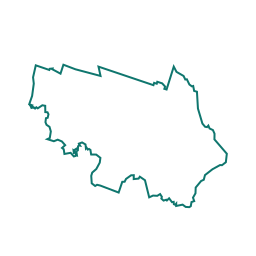 outline of Colac Otway, Victoria, Australia, rotated 280°
{"feature_id": "25037944B58594911461534", "entity_name": "Colac Otway", "entity_type": "district", "adm_level": 2, "iso_a3": "AUS", "parent_name": "Australia", "parent_adm1": "Victoria", "projection": "natural_earth1", "projection_center": [143.55, -38.439], "detail": "medium", "context": "isolated", "style": "outline", "palette": "teal", "viewbox_px": 256, "rotation_deg": 280, "n_neighbors": 0, "source": "geoboundaries", "source_scale": "gbopen_adm2", "svg_char_len": 1828}
<svg xmlns="http://www.w3.org/2000/svg" viewBox="0 0 256 256"><g transform="rotate(280 128 128)"><path d="M134.3,26.6L133.8,29.2L133.1,28.3L132.4,30.3L131.9,28.8L131.0,29.4L131.7,31.1L131.0,33.1L132.5,34.1L131.7,35.7L135.5,39.7L135.5,42.6L129.3,43.8L129.5,46.0L127.7,47.3L124.1,47.1L123.4,45.5L119.4,45.7L117.0,47.2L115.5,50.5L111.2,52.6L104.6,52.7L103.0,50.5L102.1,57.3L104.3,60.8L103.3,65.2L100.2,69.1L96.9,66.5L95.9,68.4L91.4,69.9L93.6,75.8L90.6,79.6L91.4,81.3L92.9,81.2L92.4,82.4L94.9,81.6L94.0,79.0L96.7,78.2L96.1,79.7L97.3,79.3L99.0,81.1L98.8,82.1L96.7,81.9L97.3,82.5L101.2,82.0L102.3,82.5L102.3,83.9L104.1,82.4L105.8,85.3L104.4,89.0L100.6,90.1L101.5,90.6L99.8,92.1L100.6,93.2L99.9,94.8L95.5,96.3L96.3,101.3L93.8,106.0L89.0,106.2L82.1,103.9L77.9,100.5L74.5,100.1L67.2,101.9L65.2,105.7L66.7,107.4L66.5,110.7L62.8,130.0L74.0,131.7L74.5,134.0L77.5,134.9L82.0,139.3L82.5,141.9L78.7,142.5L80.0,147.2L82.1,148.1L79.5,153.8L63.4,160.9L65.8,164.4L66.3,168.6L68.5,171.1L66.1,173.3L64.3,173.1L62.7,175.6L64.0,178.1L63.4,178.9L65.9,180.7L62.6,184.2L63.2,185.8L60.9,186.4L60.6,187.8L61.9,188.6L59.6,189.0L62.0,195.1L60.3,198.5L60.7,202.1L61.9,203.4L66.1,203.4L67.5,205.9L70.7,204.1L75.4,205.8L81.1,205.0L88.5,209.2L90.2,211.6L95.0,212.0L102.1,218.4L107.5,225.1L107.7,227.0L111.3,230.3L119.8,229.8L131.8,215.1L137.4,214.2L140.7,212.0L141.7,208.4L144.3,206.7L142.6,205.7L142.6,203.7L145.3,200.5L159.3,193.5L175.7,189.6L176.0,186.7L180.7,184.9L180.1,183.7L181.5,180.9L186.2,177.5L185.7,176.0L188.9,173.7L191.7,166.0L196.4,162.4L172.6,159.3L172.9,157.0L175.2,157.4L177.9,153.9L178.6,148.8L176.6,148.6L177.0,145.9L174.6,145.6L183.3,88.3L174.5,91.9L176.7,66.0L179.1,53.4L169.8,52.1L172.7,43.3L173.5,43.4L172.7,40.6L171.5,40.4L173.7,26.3L161.4,25.7L155.4,27.5L142.9,28.0L134.3,26.6Z" fill="none" stroke="#0f766e" stroke-width="2"/></g></svg>